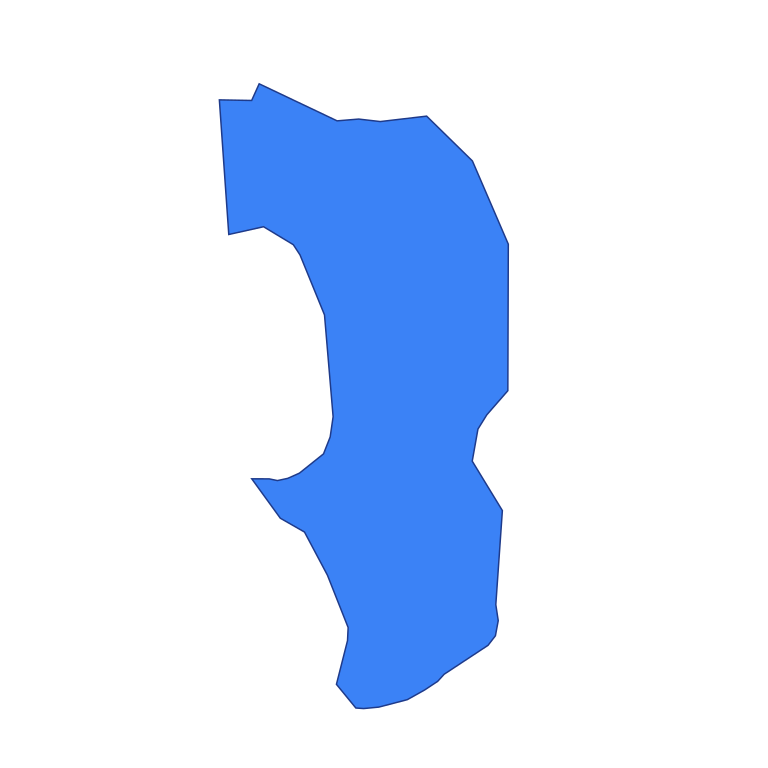 map outline of Dobrova-Polhov Gradec (Natural Earth projection), rotated 80°
{"feature_id": "SVN-204", "entity_name": "Dobrova-Polhov Gradec", "entity_type": "Municipality", "adm_level": 1, "iso_a3": "SVN", "parent_name": "Slovenia", "parent_adm1": "", "projection": "natural_earth1", "projection_center": [14.336, 46.06], "detail": "fine", "context": "isolated", "style": "filled", "palette": "blue", "viewbox_px": 768, "rotation_deg": 80, "n_neighbors": 0, "source": "natural_earth", "source_scale": "10m", "svg_char_len": 707}
<svg xmlns="http://www.w3.org/2000/svg" viewBox="0 0 768 768"><g transform="rotate(80 384 384)"><path d="M671.5,483.0L630.4,464.5L617.6,461.6L562.5,472.9L516.0,488.0L498.2,509.4L454.4,530.7L457.5,513.5L460.6,505.7L460.2,495.2L457.1,482.8L442.3,455.7L426.8,446.2L407.4,439.8L305.6,430.6L242.3,444.3L231.1,449.1L208.2,475.3L209.8,510.9L75.6,496.8L81.8,465.1L66.7,454.8L116.7,384.5L118.7,362.9L124.9,342.1L127.6,295.5L179.7,258.2L267.9,237.3L412.1,263.2L432.2,288.1L444.7,299.3L475.3,310.5L529.2,289.4L620.7,312.2L636.9,312.6L651.3,318.0L659.4,326.9L680.3,375.2L686.1,382.7L692.3,396.9L698.9,415.8L701.3,445.2L700.1,460.4L698.2,468.0L671.5,483.0Z" fill="#3b82f6" stroke="#1e3a8a" stroke-width="1.5"/></g></svg>